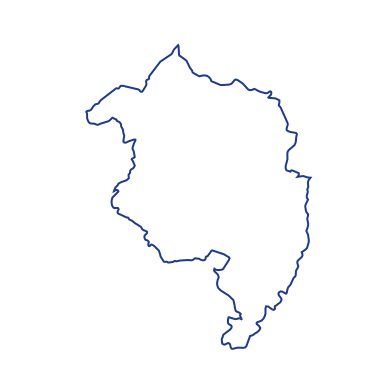 map outline of Amhara (Albers equal-area conic projection), rotated 21°
{"feature_id": "ETH-3109", "entity_name": "Amhara", "entity_type": "Administrative State", "adm_level": 1, "iso_a3": "ETH", "parent_name": "Ethiopia", "parent_adm1": "", "projection": "albers", "projection_center": [38.049, 11.266], "detail": "fine", "context": "isolated", "style": "outline", "palette": "blue", "viewbox_px": 384, "rotation_deg": 21, "n_neighbors": 0, "source": "natural_earth", "source_scale": "10m", "svg_char_len": 6032}
<svg xmlns="http://www.w3.org/2000/svg" viewBox="0 0 384 384"><g transform="rotate(21 192 192)"><path d="M108.6,116.7L109.4,116.3L109.8,115.3L110.9,109.5L110.9,108.2L110.7,107.4L109.5,105.3L109.4,104.1L110.0,103.2L110.8,102.5L111.3,101.7L111.3,101.3L110.7,100.0L110.6,99.0L115.7,81.7L123.4,70.7L123.8,69.2L124.0,66.2L124.2,65.2L126.4,59.9L127.1,60.5L130.7,68.5L131.4,69.3L132.2,69.3L138.9,71.1L139.9,71.5L145.6,76.8L148.4,78.5L149.6,80.0L150.6,80.4L156.6,81.3L157.6,81.3L158.3,80.8L158.9,80.2L161.7,78.7L163.2,78.3L164.8,78.2L166.1,78.5L167.6,79.1L169.0,80.0L170.2,81.5L171.0,81.6L179.8,81.9L181.3,81.6L188.4,78.3L189.2,77.6L190.0,76.8L190.5,75.8L191.7,72.1L192.9,71.2L194.9,71.2L200.6,72.6L207.4,76.0L209.1,76.3L210.8,75.6L211.8,74.9L213.1,73.4L215.0,73.5L217.5,73.9L220.5,74.0L225.6,73.3L226.6,72.8L227.4,72.0L228.4,70.4L229.3,69.9L229.8,70.1L230.4,70.7L230.7,71.6L230.9,72.7L229.4,76.4L229.7,76.6L234.0,75.4L236.0,74.8L237.0,74.7L240.7,75.1L241.5,77.0L241.8,79.3L242.2,80.2L244.3,81.2L255.8,92.6L257.1,94.2L257.4,95.9L257.4,96.9L257.5,98.1L257.7,99.3L258.1,100.1L258.8,100.5L259.7,100.7L262.3,100.7L267.9,99.6L268.9,100.0L269.3,101.0L269.5,102.7L269.9,104.4L270.5,106.3L271.0,108.6L270.9,111.5L267.2,118.4L266.9,120.2L267.3,122.1L269.4,127.3L270.0,133.1L270.2,134.3L270.7,135.7L271.5,137.0L272.4,137.8L272.8,137.9L276.6,137.7L276.9,136.3L278.4,135.9L284.9,136.2L285.4,137.0L285.5,138.1L285.4,139.2L285.1,140.0L289.8,137.4L290.4,137.2L294.1,137.0L295.8,136.7L297.5,136.2L296.7,138.7L296.6,139.3L296.7,140.5L297.0,142.1L298.4,144.8L298.8,146.2L298.7,147.6L298.7,148.3L299.7,149.7L300.0,150.4L300.3,152.0L300.4,154.2L300.7,155.0L301.3,156.1L301.7,156.6L302.9,157.3L303.0,157.5L302.6,162.6L302.7,164.1L303.0,165.1L304.9,168.4L305.8,169.5L306.9,170.4L308.3,171.1L308.8,172.6L309.1,175.3L309.6,176.5L311.9,180.1L312.3,181.3L312.7,184.2L312.7,187.3L314.3,189.0L315.3,189.9L316.0,190.9L318.1,194.7L318.7,196.1L319.0,197.5L319.2,200.0L319.4,201.8L319.4,202.8L319.2,203.7L318.9,204.5L316.0,208.9L317.3,210.3L317.9,211.8L317.8,213.2L317.2,214.6L315.8,217.2L315.3,218.4L315.4,219.5L316.0,220.9L317.6,222.9L317.9,223.6L317.9,224.7L317.4,227.3L317.4,228.6L318.7,232.7L318.5,234.1L317.9,235.2L317.6,236.3L317.2,242.9L317.0,243.9L316.0,246.3L315.9,247.8L316.5,251.9L316.5,253.0L316.1,253.3L313.0,252.8L311.7,252.7L310.5,253.0L309.7,253.7L309.1,255.0L309.2,256.1L309.9,257.1L311.0,257.9L312.6,258.8L313.7,259.6L314.2,260.7L314.1,262.7L313.7,263.9L312.3,265.9L311.8,267.0L310.4,268.8L310.4,269.5L311.1,270.7L311.3,271.3L310.6,272.8L308.6,272.8L304.2,271.6L302.1,272.2L302.3,274.3L304.2,279.2L304.4,281.9L304.1,284.6L303.1,287.0L301.2,288.9L300.1,289.7L299.4,290.5L299.2,291.3L300.0,292.2L301.9,292.8L302.6,293.1L304.5,294.5L304.4,297.0L303.1,299.5L301.3,301.8L300.1,303.8L297.8,305.7L298.0,316.4L297.5,317.9L295.9,319.0L290.6,320.9L288.8,322.0L286.3,323.8L285.2,324.1L283.9,323.3L282.0,320.5L280.4,319.9L279.7,320.2L277.0,322.9L275.9,323.0L274.9,322.8L274.3,322.3L273.9,321.7L272.6,318.9L272.5,318.0L272.6,317.0L272.4,314.0L276.9,306.7L277.5,305.0L277.3,303.4L276.3,302.6L273.5,302.1L272.4,301.2L271.7,299.4L271.2,297.5L271.1,296.0L271.4,295.6L273.5,295.6L277.9,295.2L278.6,294.9L281.1,293.1L282.5,292.8L284.4,293.4L281.3,290.3L281.0,289.8L281.2,288.5L280.1,287.9L278.5,287.6L277.3,287.7L275.4,287.3L273.8,285.1L271.9,281.8L269.4,278.1L263.3,275.5L253.9,273.6L250.6,272.0L248.9,269.9L247.9,267.5L247.5,264.9L247.5,262.3L247.4,261.9L246.4,260.6L245.3,259.6L244.9,259.4L241.6,258.1L240.6,257.2L240.4,255.6L242.5,256.0L244.5,255.5L247.9,253.7L248.6,252.9L250.8,242.4L250.8,240.4L249.9,239.7L243.9,238.7L231.8,239.3L231.3,239.7L231.1,240.2L229.7,245.9L229.4,246.5L228.9,246.9L228.4,247.1L228.2,247.4L228.2,248.1L228.6,249.7L228.5,250.3L227.8,251.3L226.6,251.9L225.3,252.1L224.1,252.1L222.7,251.8L222.2,251.8L220.3,252.4L218.8,252.7L218.2,253.2L217.8,254.3L216.5,255.6L216.0,255.9L215.6,256.1L212.5,257.0L205.1,260.4L202.7,262.1L202.2,262.3L200.8,262.5L200.4,262.7L199.2,264.2L195.5,266.2L195.0,266.4L193.8,266.1L193.0,266.3L191.5,267.0L190.7,267.1L185.8,263.5L185.1,262.5L184.8,261.9L183.6,260.5L182.5,259.0L181.8,258.5L176.9,256.3L175.1,255.7L173.3,255.5L172.6,255.8L172.1,257.2L171.6,257.8L171.0,257.9L170.6,257.6L170.0,256.7L169.8,256.1L169.7,254.3L169.3,253.8L168.5,253.4L167.6,253.2L166.9,253.2L166.0,253.3L165.7,253.3L165.2,253.0L164.0,251.7L163.3,249.9L163.9,248.3L164.7,246.8L164.5,245.4L163.7,245.0L160.2,245.0L159.2,244.6L158.3,244.1L156.7,242.8L149.3,241.4L147.2,240.6L146.1,240.3L143.7,240.2L143.2,240.0L142.7,239.8L141.8,238.9L141.3,238.8L140.1,239.2L139.6,239.2L133.7,238.7L131.3,238.7L130.3,238.3L129.6,237.3L129.5,236.3L129.7,235.4L129.7,234.5L129.1,233.7L128.5,233.5L128.0,233.6L125.4,234.8L124.2,234.7L122.9,233.9L121.8,232.6L120.8,230.9L120.0,228.6L119.7,225.7L123.1,218.0L122.4,217.1L121.2,217.1L120.2,217.5L119.5,218.2L119.0,219.2L118.9,219.3L118.8,216.9L118.9,215.3L120.2,212.3L120.3,210.8L121.0,209.7L122.7,207.8L125.4,205.7L126.8,204.2L128.1,201.9L126.6,198.6L127.2,197.0L127.1,195.9L126.7,193.9L127.2,192.7L128.2,191.4L129.0,189.9L129.1,187.8L126.0,184.6L125.2,184.0L123.9,183.0L124.4,181.9L125.4,180.9L126.0,180.0L125.9,179.6L123.0,174.9L121.2,173.2L120.7,172.2L120.4,167.5L120.7,164.0L120.4,163.4L119.2,163.8L117.2,165.3L115.1,167.0L112.9,169.3L112.0,169.9L110.9,170.1L109.9,169.6L109.2,167.2L108.8,164.5L108.3,163.3L107.0,161.8L105.0,158.4L102.9,156.6L102.2,155.9L101.6,154.5L101.1,153.9L99.9,153.1L99.6,152.9L98.8,152.7L97.4,152.6L96.1,152.4L95.4,151.4L94.9,151.4L93.3,151.4L91.2,151.1L90.9,151.4L89.4,154.8L88.6,155.9L82.1,161.0L80.8,162.3L79.7,163.2L78.6,163.3L77.2,163.2L75.7,163.4L72.9,164.3L71.7,164.3L70.5,163.7L69.3,162.6L67.8,161.0L65.9,156.3L64.6,155.1L64.7,154.4L65.2,153.9L67.1,152.8L68.1,151.7L68.6,150.4L69.1,147.6L70.1,145.3L70.5,144.7L71.0,144.3L72.1,143.7L72.6,143.2L73.1,142.5L73.4,140.4L74.0,138.9L83.8,122.8L84.2,122.3L84.7,122.1L85.7,122.0L86.1,121.9L86.6,121.3L87.3,118.6L87.5,118.4L89.5,117.6L105.0,115.5L106.1,115.6L107.2,116.3L108.6,116.7Z" fill="none" stroke="#1e3a8a" stroke-width="2"/></g></svg>